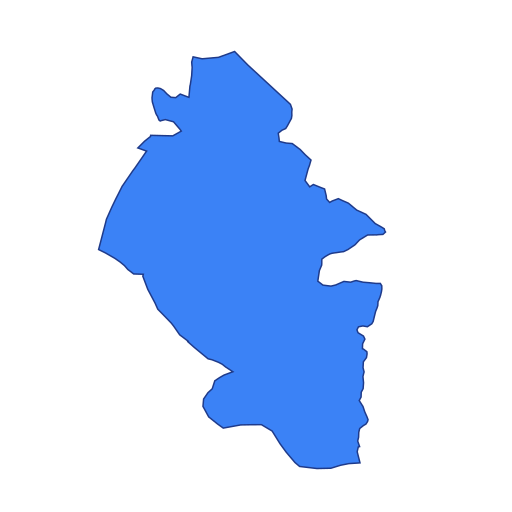 outline of Markz Al Idwa, Al Minya, Egypt, rotated 285°
{"feature_id": "37247803B26025252880900", "entity_name": "Markz Al Idwa", "entity_type": "district", "adm_level": 2, "iso_a3": "EGY", "parent_name": "Egypt", "parent_adm1": "Al Minya", "projection": "robinson", "projection_center": [30.744, 28.697], "detail": "fine", "context": "isolated", "style": "filled", "palette": "blue", "viewbox_px": 512, "rotation_deg": 285, "n_neighbors": 0, "source": "geoboundaries", "source_scale": "gbopen_adm2", "svg_char_len": 3330}
<svg xmlns="http://www.w3.org/2000/svg" viewBox="0 0 512 512"><g transform="rotate(285 256 256)"><path d="M252.7,102.0L249.7,102.1L221.5,102.3L220.0,109.8L217.2,120.3L215.0,126.4L212.7,131.4L209.8,135.7L207.0,142.5L209.2,151.9L207.2,151.9L195.8,160.1L184.5,170.6L179.2,174.9L175.2,181.7L169.3,191.5L166.9,194.7L160.1,202.7L156.1,212.6L155.6,212.3L151.7,220.1L148.0,228.2L144.3,236.3L144.4,240.4L143.6,247.4L142.7,251.4L140.9,255.5L138.2,263.6L136.2,260.8L132.7,255.9L129.0,252.2L124.8,248.5L116.4,248.1L111.6,245.0L104.3,242.4L97.0,243.7L88.3,252.0L83.8,262.3L81.3,268.9L88.9,285.0L91.7,294.7L94.5,304.9L91.1,316.9L80.8,327.9L74.2,336.1L66.6,347.1L64.0,352.6L66.5,369.9L70.4,383.3L75.8,391.9L79.5,399.4L82.7,408.9L83.1,410.0L93.1,404.4L98.0,404.2L98.7,405.4L103.6,402.1L107.5,402.0L112.3,400.9L116.2,400.8L120.1,403.7L122.1,405.7L125.0,406.6L126.9,406.6L129.8,404.5L130.5,403.9L133.6,401.4L138.3,398.3L143.1,393.1L146.9,394.0L151.7,392.9L155.6,393.8L161.4,392.7L167.2,390.5L170.3,390.4L172.0,390.4L175.8,388.3L181.6,387.1L186.4,389.0L189.5,388.7L190.2,388.6L191.1,388.3L192.2,387.9L193.9,383.9L194.0,382.8L198.8,381.7L203.9,382.7L204.4,382.3L206.5,380.5L208.3,374.4L210.8,372.6L214.1,373.3L216.1,377.3L216.5,381.9L220.5,385.4L223.1,386.1L231.8,385.9L233.7,385.9L236.6,386.3L239.5,386.5L242.4,385.9L243.4,385.6L244.2,385.8L248.2,386.4L249.4,386.4L250.2,386.5L254.0,386.4L255.9,386.2L256.7,386.1L259.8,385.2L260.8,384.1L261.7,383.2L260.6,379.2L259.5,372.2L258.4,366.2L258.2,359.1L257.2,357.2L255.2,354.2L254.4,348.9L254.2,347.5L252.3,345.1L249.2,341.2L248.7,340.6L246.3,336.2L245.2,328.2L247.7,322.2L255.7,321.3L258.3,321.0L264.2,321.8L266.1,321.4L268.7,320.7L270.0,320.4L270.9,321.1L272.9,322.6L274.9,324.5L275.7,325.3L277.1,326.8L277.6,327.6L278.3,328.7L279.6,331.6L279.8,332.2L281.7,336.5L282.9,339.5L286.1,343.2L287.5,344.4L292.3,348.6L293.3,349.2L294.7,349.9L298.4,351.9L302.6,355.9L305.2,358.4L307.1,365.1L307.6,367.0L308.3,368.7L309.7,373.0L312.7,374.9L313.6,373.9L315.5,372.8L316.4,369.8L318.2,362.7L324.7,351.5L326.4,341.4L330.8,331.9L331.0,331.3L331.9,325.2L332.7,320.7L329.6,316.4L328.9,315.4L326.8,313.3L329.3,309.4L332.4,308.2L338.5,304.9L338.9,300.9L339.9,292.9L336.7,290.0L339.3,286.7L341.6,283.8L346.4,283.8L351.2,283.8L353.1,283.8L354.6,283.9L357.5,284.2L359.0,284.2L362.9,284.3L366.6,277.2L370.3,271.1L374.0,261.9L372.9,255.9L372.7,248.9L375.0,248.0L375.6,247.8L380.4,245.7L384.3,248.6L386.8,251.7L389.7,252.6L392.2,253.2L398.0,254.6L400.9,254.3L404.3,253.3L407.3,252.8L411.4,250.0L413.1,246.8L438.4,198.6L448.0,182.4L438.7,169.1L438.2,168.4L432.6,153.1L432.5,152.2L432.1,143.7L427.4,143.7L426.7,143.7L423.5,144.8L421.7,145.5L413.5,147.2L404.5,148.2L403.1,148.2L392.7,150.0L391.9,150.1L392.0,148.8L392.8,140.9L391.9,140.2L388.2,137.5L387.3,132.6L387.7,131.9L389.5,128.0L392.0,123.9L393.0,120.4L392.9,117.7L392.2,115.7L391.0,114.9L390.2,114.9L387.7,113.8L382.0,114.6L380.4,115.1L378.0,116.0L373.1,119.0L368.2,122.1L366.6,123.4L365.6,124.6L362.2,127.1L361.9,127.9L361.6,128.5L362.0,129.0L364.3,133.1L364.3,141.6L358.6,149.9L357.3,151.5L356.7,150.9L350.5,144.5L348.3,135.5L345.3,123.0L344.2,123.2L338.1,118.7L329.8,113.9L329.0,123.2L328.3,122.9L320.1,120.0L309.5,116.2L306.3,114.9L290.1,109.2L288.8,108.7L280.5,107.0L274.9,105.8L265.9,104.1L252.7,102.0Z" fill="#3b82f6" stroke="#1e3a8a" stroke-width="1.5"/></g></svg>